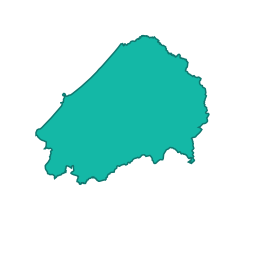 Sichon, Nakhon Si Thammarat, Thailand, rotated 226°
{"feature_id": "78962969B22761856957978", "entity_name": "Sichon", "entity_type": "district", "adm_level": 2, "iso_a3": "THA", "parent_name": "Thailand", "parent_adm1": "Nakhon Si Thammarat", "projection": "natural_earth1", "projection_center": [99.813, 8.965], "detail": "fine", "context": "isolated", "style": "filled", "palette": "teal", "viewbox_px": 256, "rotation_deg": 226, "n_neighbors": 0, "source": "geoboundaries", "source_scale": "gbopen_adm2", "svg_char_len": 5862}
<svg xmlns="http://www.w3.org/2000/svg" viewBox="0 0 256 256"><g transform="rotate(226 128 128)"><path d="M107.0,91.7L107.1,92.2L108.1,93.3L108.1,94.0L107.9,94.4L106.4,95.3L105.9,97.6L104.5,100.3L103.0,100.7L102.7,101.3L102.4,102.4L103.1,103.7L103.1,104.2L102.8,104.6L102.0,104.8L101.5,105.1L101.9,106.2L101.4,107.8L101.9,109.5L101.7,111.2L100.4,113.6L100.1,114.6L99.0,115.0L98.6,116.3L98.8,119.0L98.5,119.8L97.5,121.1L96.1,121.3L95.1,121.2L93.0,124.7L91.4,124.7L89.1,124.2L88.1,123.1L86.8,123.2L85.1,122.4L84.4,122.3L83.8,122.7L83.5,123.2L83.3,124.1L83.4,125.9L83.1,128.7L82.7,129.5L81.5,130.4L81.1,131.0L81.7,132.3L84.2,135.2L84.5,135.9L85.7,140.5L84.9,142.6L84.9,144.5L84.0,145.4L83.2,145.7L82.8,146.4L81.2,146.6L80.4,147.2L76.7,147.3L75.9,146.9L75.3,147.5L74.9,148.6L74.2,148.9L73.3,148.5L72.4,148.4L71.4,149.8L71.0,150.0L70.5,149.9L70.3,150.2L70.0,150.2L69.3,150.9L68.8,150.8L67.9,151.3L65.5,150.7L64.0,150.6L63.2,151.2L63.5,152.2L62.6,153.0L61.0,151.0L61.2,150.6L61.6,147.8L61.1,148.0L60.8,149.1L60.1,149.7L59.8,149.5L59.7,148.5L58.5,149.0L58.4,152.7L58.7,153.4L61.2,153.7L61.6,154.3L61.9,155.5L64.1,155.9L64.5,157.6L64.8,158.0L66.7,158.0L67.1,158.1L67.4,158.7L67.4,160.1L67.7,161.3L70.1,162.4L71.7,164.3L72.5,164.4L73.1,165.2L74.0,165.3L74.4,165.9L76.4,166.5L76.2,167.9L75.1,169.6L74.7,170.5L75.0,172.1L74.9,176.3L75.2,178.4L75.6,180.1L78.4,179.9L79.4,179.3L78.9,181.1L79.0,184.2L78.9,185.1L77.9,186.4L77.4,188.3L77.7,189.9L78.6,190.7L80.5,191.6L80.7,192.9L81.4,195.4L81.8,195.8L82.8,195.8L83.9,194.5L84.9,194.4L85.2,194.6L85.4,195.1L85.5,196.9L85.7,197.3L87.2,197.8L88.1,198.7L90.4,198.3L90.8,198.5L91.4,199.5L92.8,199.7L93.3,200.8L94.0,201.0L94.4,202.3L95.4,203.8L96.7,206.7L98.4,206.8L99.3,208.5L102.5,210.8L103.6,210.8L105.0,210.1L105.8,210.3L106.9,210.9L107.4,210.5L108.5,210.1L110.2,210.4L111.6,211.6L112.0,212.2L112.1,213.5L112.9,214.8L115.3,214.3L115.9,213.8L116.2,212.8L117.8,211.8L118.4,211.7L118.9,211.9L119.7,211.9L120.0,211.5L119.9,210.6L120.1,210.3L121.5,210.3L122.6,209.8L123.6,209.8L125.0,209.2L125.6,209.1L126.5,209.6L127.4,209.7L129.1,209.1L129.8,209.7L130.1,210.8L130.6,211.3L130.8,212.0L130.6,212.5L131.2,213.7L133.0,215.8L133.3,216.5L134.4,216.7L135.1,216.4L135.7,216.9L136.0,216.8L136.5,217.3L137.0,217.4L137.5,217.1L137.4,216.7L137.7,216.4L139.0,216.4L139.7,215.8L140.0,215.8L140.1,215.3L140.9,215.1L141.2,214.7L142.0,214.9L142.2,214.4L143.1,214.8L143.8,215.8L145.1,216.1L145.5,215.9L145.9,215.3L145.8,212.2L146.1,211.5L146.5,211.4L146.9,211.8L147.2,211.6L147.7,211.7L147.9,211.2L148.2,211.1L148.5,211.3L148.7,210.8L149.3,211.2L149.9,210.2L150.7,210.8L151.0,210.6L150.8,210.2L151.1,210.1L151.4,210.8L151.9,210.8L151.9,209.9L152.9,209.4L153.1,209.1L153.5,209.5L154.1,209.1L154.2,209.4L154.9,209.3L155.9,209.9L157.3,209.5L157.9,209.9L158.3,210.5L159.7,210.9L160.2,211.4L162.8,210.8L163.4,210.0L164.0,209.8L164.8,209.9L165.3,209.6L165.9,209.8L166.3,209.4L166.5,210.1L167.1,210.0L167.5,209.6L167.8,209.8L168.1,209.6L168.7,209.7L169.1,209.2L169.4,209.4L169.3,210.6L169.6,210.5L170.8,210.8L172.6,210.1L175.2,210.2L175.2,209.1L175.4,209.1L175.4,208.8L176.4,208.6L176.3,208.1L177.2,207.6L177.6,207.0L177.9,206.2L179.7,206.1L180.3,205.6L180.6,205.8L181.1,205.0L181.6,205.2L182.6,203.8L182.8,203.9L183.2,203.3L183.5,203.4L184.0,203.0L184.1,202.3L184.3,202.6L184.8,202.0L184.6,200.9L185.2,199.8L184.4,199.4L184.7,199.2L185.0,198.1L184.5,197.9L184.4,197.4L184.6,197.1L185.3,197.0L185.5,196.7L185.8,195.2L185.4,194.2L185.7,193.0L187.2,191.9L188.0,190.5L188.1,189.8L187.7,187.9L188.6,186.4L188.4,185.2L188.6,184.6L188.9,184.4L190.2,184.4L190.6,184.2L190.8,183.6L190.1,182.5L190.3,182.0L190.7,182.0L192.5,182.7L193.0,181.7L193.4,181.3L192.7,177.1L192.0,171.1L190.4,151.6L190.4,148.0L190.0,144.5L189.8,136.0L190.2,123.2L191.2,112.4L191.6,109.7L192.6,108.3L193.0,106.6L193.8,105.6L194.9,105.6L195.2,105.9L196.3,106.3L196.9,106.2L197.6,105.5L197.2,104.0L196.4,103.8L195.8,104.1L195.5,104.6L194.5,104.1L193.9,103.1L193.5,101.6L192.3,100.5L192.1,99.9L191.9,99.9L191.4,99.3L193.2,96.6L192.0,98.1L190.9,97.3L190.0,95.5L188.6,79.6L188.1,66.4L188.3,64.2L188.8,63.5L189.1,63.3L189.7,61.7L189.7,61.1L188.6,58.6L186.6,56.7L186.4,57.2L185.7,57.5L184.1,57.0L180.8,57.1L178.8,57.7L177.3,58.6L174.7,59.5L172.4,57.2L171.5,55.9L171.2,54.9L171.1,53.5L170.6,53.9L170.3,55.4L169.8,55.9L168.2,56.7L167.3,58.2L166.0,58.5L164.8,58.1L165.0,56.9L164.8,56.0L163.2,55.0L162.5,53.3L161.8,52.7L161.8,51.7L160.8,51.3L159.9,50.4L158.9,46.8L158.6,43.3L158.3,42.2L156.6,40.8L156.0,40.3L154.3,39.8L152.5,39.6L151.5,38.8L150.8,38.6L150.3,39.0L148.8,39.4L147.0,41.4L146.1,41.7L144.2,41.8L143.4,40.6L142.6,40.1L142.4,42.2L142.7,44.3L141.9,45.0L141.8,45.9L141.1,46.8L140.8,47.6L141.0,48.7L140.8,49.3L140.4,49.8L140.4,50.3L140.1,50.7L139.7,52.0L139.3,52.4L140.4,53.9L140.7,53.9L140.8,53.5L141.0,54.0L141.5,54.1L141.7,54.4L142.0,54.5L142.1,55.3L142.6,56.0L143.1,56.3L143.1,56.9L143.4,57.3L143.2,57.8L142.5,58.3L140.7,59.0L138.6,59.4L139.5,60.7L139.5,61.7L139.0,62.4L138.3,62.1L137.4,61.1L135.1,59.6L134.9,58.6L135.4,56.8L135.2,55.6L134.0,55.7L132.3,56.4L128.7,58.4L127.9,58.6L127.8,58.3L127.5,58.4L127.3,57.8L126.8,57.5L126.3,56.5L126.1,55.7L124.9,54.1L123.7,54.7L122.9,54.6L122.3,54.7L122.0,55.3L122.0,55.6L121.8,54.5L121.3,54.2L120.9,54.7L120.4,54.9L120.4,56.5L120.6,56.6L120.2,56.8L120.1,57.4L119.5,57.5L119.5,57.8L118.9,57.7L118.3,58.2L118.2,58.8L117.7,59.0L118.3,60.1L118.2,60.4L118.5,61.0L118.5,61.8L119.0,62.4L118.4,63.6L118.8,64.3L118.8,64.8L117.9,66.2L117.7,67.7L117.4,67.8L117.5,68.1L117.0,68.1L116.9,68.8L116.6,68.7L116.4,69.0L116.2,68.7L115.9,69.3L115.4,69.2L114.1,69.8L113.7,69.5L112.6,69.7L112.1,69.4L110.1,69.9L109.5,70.5L107.1,75.0L106.3,75.5L106.4,76.7L107.4,77.7L107.1,79.1L107.7,79.6L108.4,81.5L108.3,82.1L107.7,82.9L108.0,83.7L107.9,84.9L105.9,87.4L106.0,87.7L106.7,88.4L107.3,89.7L107.3,90.3L107.0,91.7Z" fill="#14b8a6" stroke="#0f766e" stroke-width="1.5"/></g></svg>